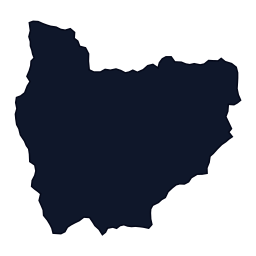 the district of Santa Bárbara do Tugúrio, Minas Gerais, Brazil
{"feature_id": "56859067B74973065797584", "entity_name": "Santa Bárbara do Tugúrio", "entity_type": "district", "adm_level": 2, "iso_a3": "BRA", "parent_name": "Brazil", "parent_adm1": "Minas Gerais", "projection": "albers", "projection_center": [-43.531, -21.243], "detail": "fine", "context": "isolated", "style": "filled", "palette": "ink", "viewbox_px": 256, "rotation_deg": 0, "n_neighbors": 0, "source": "geoboundaries", "source_scale": "gbopen_adm2", "svg_char_len": 1906}
<svg xmlns="http://www.w3.org/2000/svg" viewBox="0 0 256 256"><path d="M53.1,233.2L60.9,233.7L64.9,231.7L67.4,227.2L70.8,224.9L74.9,222.7L79.3,220.6L83.8,217.1L89.6,217.5L92.9,222.3L94.9,225.6L99.0,229.3L102.4,234.7L105.5,232.2L107.5,228.2L112.8,227.1L116.6,228.3L120.0,225.6L123.9,224.7L127.6,226.0L131.4,226.5L135.5,226.2L139.8,226.6L143.6,227.1L148.7,228.2L151.9,224.5L150.7,219.1L150.4,213.0L150.7,209.0L152.7,205.3L158.4,202.5L161.7,199.5L165.3,197.5L168.0,191.8L172.4,187.7L176.1,184.8L179.7,183.8L184.4,184.0L188.6,181.8L191.3,177.7L197.2,174.2L202.2,174.1L207.1,173.3L206.9,167.9L209.1,162.4L210.0,156.3L213.2,153.5L217.1,149.1L221.7,144.5L225.8,141.7L228.8,139.1L232.3,136.7L228.7,132.1L231.5,128.7L228.9,123.2L225.8,116.7L227.8,111.3L228.3,104.3L234.0,104.7L237.4,102.8L240.6,100.2L238.3,94.9L237.0,88.6L237.4,82.5L237.6,78.0L237.6,72.7L236.2,67.2L231.6,63.6L225.1,61.6L221.2,58.4L218.1,60.9L213.4,60.8L208.6,60.5L204.3,64.0L200.2,64.9L194.2,63.7L189.7,64.7L185.7,64.0L181.4,62.2L174.8,61.9L171.2,56.8L166.0,56.8L162.3,58.8L159.4,62.7L158.0,67.9L152.9,64.4L147.7,65.7L143.2,69.7L137.3,72.3L132.8,70.2L129.2,72.0L125.3,72.9L120.7,70.5L116.0,69.0L110.4,70.2L105.1,69.4L100.5,72.0L93.8,72.0L89.2,69.8L88.4,61.1L88.6,53.8L85.5,47.8L79.7,46.3L77.8,41.1L74.2,38.3L74.6,32.4L70.3,28.7L65.2,30.2L60.7,29.4L56.1,27.1L50.6,26.3L47.0,25.2L42.9,23.7L38.2,21.6L33.1,21.3L29.3,22.7L30.4,30.6L28.9,36.7L30.4,41.6L30.4,45.9L31.9,50.2L32.7,54.1L34.2,57.9L31.1,61.1L30.8,65.7L29.3,70.8L26.9,76.4L30.1,81.5L27.3,86.0L24.7,92.8L20.6,96.0L16.5,97.5L15.7,102.6L16.9,108.6L15.4,114.1L15.9,119.1L16.7,124.6L18.9,128.7L20.4,134.9L24.5,141.0L26.4,145.6L28.7,148.8L29.5,154.2L29.8,161.6L34.8,165.0L35.9,170.9L34.8,175.5L32.2,180.5L31.6,186.4L34.6,189.0L37.9,191.4L40.7,193.8L39.1,200.5L41.3,205.4L43.2,209.9L43.6,215.4L47.4,220.1L50.0,224.4L51.9,228.2L53.1,233.2Z" fill="#0f172a" stroke="#020617" stroke-width="1.5"/></svg>